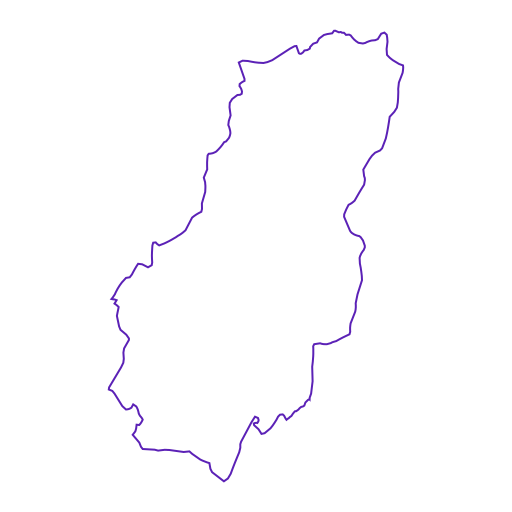 Dognecea, Caras-Severin, Romania
{"feature_id": "2599482B59152503777278", "entity_name": "Dognecea", "entity_type": "district", "adm_level": 2, "iso_a3": "ROU", "parent_name": "Romania", "parent_adm1": "Caras-Severin", "projection": "albers", "projection_center": [21.734, 45.264], "detail": "fine", "context": "isolated", "style": "outline", "palette": "violet", "viewbox_px": 512, "rotation_deg": 0, "n_neighbors": 0, "source": "geoboundaries", "source_scale": "gbopen_adm2", "svg_char_len": 5058}
<svg xmlns="http://www.w3.org/2000/svg" viewBox="0 0 512 512"><path d="M308.0,399.9L308.7,399.5L309.5,399.4L309.6,399.5L309.7,397.6L311.1,393.7L312.6,381.3L312.2,366.7L312.5,364.2L312.8,361.6L313.0,359.0L313.2,356.5L313.3,353.9L313.3,351.3L313.3,348.7L313.2,346.2L314.2,344.2L320.1,343.3L321.7,343.8L323.4,344.1L325.1,344.2L326.9,344.2L330.8,343.1L332.0,342.4L333.4,341.9L334.8,341.5L336.2,341.1L339.4,339.3L342.8,337.5L346.1,335.9L349.5,334.3L350.2,331.8L350.1,329.7L350.1,327.6L350.3,325.5L350.6,323.4L355.2,311.7L355.6,309.6L355.8,307.4L355.8,305.3L355.7,303.2L357.5,294.4L362.0,280.2L361.8,276.0L361.3,271.8L360.7,267.7L359.9,263.6L359.6,257.9L359.9,256.8L360.2,255.8L360.7,254.8L361.1,253.8L361.7,252.8L362.3,251.9L362.9,251.0L363.6,250.2L364.8,247.4L364.8,245.7L363.0,240.5L360.7,237.2L359.3,236.1L357.9,235.8L356.5,235.4L355.2,234.9L353.9,234.3L352.7,233.5L351.8,232.9L351.0,232.1L350.3,231.2L349.8,230.2L344.1,216.8L344.2,214.3L345.2,211.9L346.2,209.5L347.4,207.1L348.6,204.8L350.2,204.0L351.8,203.0L353.2,201.9L354.6,200.7L356.9,196.7L359.2,192.7L361.6,188.7L364.1,184.7L364.9,180.2L364.8,178.1L364.1,176.1L363.3,169.6L369.5,159.1L372.0,155.7L375.1,152.7L380.0,150.5L382.1,148.3L385.8,138.5L387.0,133.1L388.0,127.7L388.9,122.2L389.7,116.8L394.3,111.8L396.9,107.7L397.8,102.4L397.9,100.9L398.1,97.9L398.2,94.9L398.3,91.9L398.2,88.9L398.9,82.5L402.5,73.1L402.6,72.8L402.9,71.0L403.1,69.1L403.2,67.3L403.0,65.4L399.1,64.0L393.0,60.3L391.4,59.1L389.8,57.8L388.4,56.4L387.0,54.9L386.6,49.0L387.5,41.8L387.2,37.8L386.7,34.7L384.4,32.6L381.2,33.7L377.8,39.1L375.2,40.2L371.8,40.5L370.5,40.8L369.2,41.2L367.9,41.7L366.6,42.2L365.4,42.9L362.9,43.5L358.4,42.8L357.3,42.0L356.2,41.3L355.2,40.4L354.2,39.6L353.3,38.6L352.4,37.6L351.6,36.6L350.8,35.5L349.3,34.7L348.0,34.7L346.0,34.9L345.6,34.4L344.0,32.8L341.9,32.7L340.8,32.0L338.9,32.3L335.2,30.7L334.0,30.8L332.2,33.3L327.1,34.1L323.9,35.0L319.1,38.6L317.0,42.4L313.2,43.7L311.4,45.6L310.1,47.0L309.8,48.6L307.4,50.0L306.8,50.1L304.4,50.5L303.1,52.3L301.4,53.6L300.8,53.8L300.1,53.8L299.5,53.6L298.9,53.2L296.4,46.0L294.5,46.2L289.9,48.7L272.2,60.2L267.4,62.1L263.4,63.0L261.9,62.9L258.4,62.7L254.9,62.3L251.4,61.7L247.9,61.0L242.6,60.7L238.8,62.5L244.5,78.9L244.5,80.9L243.2,81.5L242.0,82.2L240.8,83.1L239.7,84.0L239.5,86.1L240.3,87.3L241.1,88.7L241.6,90.1L242.0,91.6L241.7,93.8L240.0,94.8L237.4,95.0L232.2,99.0L229.8,102.8L229.5,107.2L230.6,115.4L228.8,121.0L228.3,125.0L229.1,126.9L229.7,128.9L230.2,131.0L230.4,133.1L230.2,134.3L229.9,135.5L229.5,136.7L229.0,137.8L228.4,138.6L226.1,141.4L224.1,142.2L222.4,144.7L220.5,147.1L218.5,149.3L216.4,151.4L215.5,152.0L214.6,152.4L213.7,152.8L212.7,153.2L211.7,153.4L210.7,153.6L209.7,153.7L208.7,153.8L207.6,155.4L207.3,158.9L207.1,162.4L207.1,165.9L207.2,169.4L203.8,177.6L205.1,182.2L205.2,183.6L205.4,185.7L205.4,187.8L205.3,189.9L205.2,192.0L201.9,203.4L202.0,209.0L201.3,211.8L198.9,213.0L196.5,214.4L194.3,215.9L192.1,217.6L185.5,230.3L184.1,231.5L182.7,232.7L181.2,233.8L179.7,234.8L177.8,235.9L175.8,237.3L173.7,238.5L171.5,239.8L169.3,241.0L166.9,242.2L164.4,243.4L161.8,244.4L159.2,245.4L158.3,244.8L157.3,244.1L156.5,243.3L155.7,242.4L153.2,242.7L152.4,245.5L152.2,248.6L152.0,252.1L151.9,255.6L152.0,259.0L152.2,262.5L151.7,265.2L148.0,267.3L142.2,264.3L138.1,263.8L136.4,266.4L134.8,269.1L133.3,271.8L131.9,274.5L129.7,277.3L126.0,277.9L123.2,281.0L121.9,282.4L120.8,283.9L119.7,285.4L118.7,287.0L117.7,288.6L116.8,290.3L115.9,292.0L115.1,293.7L115.0,294.1L114.4,295.0L113.0,297.1L112.7,297.6L112.4,297.9L111.5,299.0L113.3,299.4L114.3,299.4L114.7,299.5L115.5,299.8L116.6,300.2L114.5,303.6L116.4,304.9L117.5,305.9L118.6,306.9L118.6,307.4L117.4,313.2L116.9,315.9L119.1,326.4L120.5,329.8L126.3,334.7L128.9,338.4L128.9,340.0L124.1,348.4L123.4,352.6L123.8,358.9L123.3,362.8L121.0,367.5L109.1,387.4L108.8,389.5L112.3,390.9L114.5,393.6L122.3,406.1L126.0,409.5L127.6,409.3L128.9,409.0L130.2,408.4L131.4,407.7L133.2,404.4L136.3,406.5L137.2,408.2L137.9,409.9L138.4,411.8L138.8,413.6L139.9,415.7L140.7,416.6L141.5,417.6L142.2,418.6L142.7,419.7L142.0,421.1L141.2,422.5L140.3,423.8L139.2,425.0L136.6,424.7L136.4,426.4L136.2,428.1L135.8,429.8L135.3,431.4L132.7,434.8L139.3,442.6L141.0,446.8L142.7,449.0L154.7,449.7L158.1,450.6L164.7,449.8L169.4,450.0L183.7,452.0L189.4,451.4L192.2,453.9L200.2,459.5L202.5,460.6L204.8,461.5L207.1,462.4L209.4,463.1L210.4,468.8L212.1,472.2L223.9,481.3L227.9,478.5L230.7,473.8L232.7,468.4L234.8,463.0L237.0,457.6L239.2,452.3L240.3,447.8L240.3,444.2L241.1,441.7L251.4,422.4L255.0,416.7L258.0,418.0L258.6,420.0L258.5,420.8L258.2,421.6L257.8,422.3L257.3,423.0L256.4,422.8L255.5,422.9L254.6,423.1L253.8,423.5L254.1,425.2L258.5,429.2L261.5,433.9L264.6,433.2L270.5,428.3L272.7,425.5L274.6,422.7L276.5,419.7L278.1,416.6L280.0,414.7L282.7,414.4L284.1,415.7L285.2,417.8L285.8,418.9L286.5,419.8L287.6,418.8L288.5,418.4L289.8,417.1L291.4,416.0L292.9,413.7L294.2,412.1L295.1,411.2L296.2,411.2L298.4,409.6L299.6,408.2L301.2,406.9L302.9,406.5L304.3,405.6L304.8,404.2L305.4,402.5L308.0,399.9Z" fill="none" stroke="#5b21b6" stroke-width="2"/></svg>